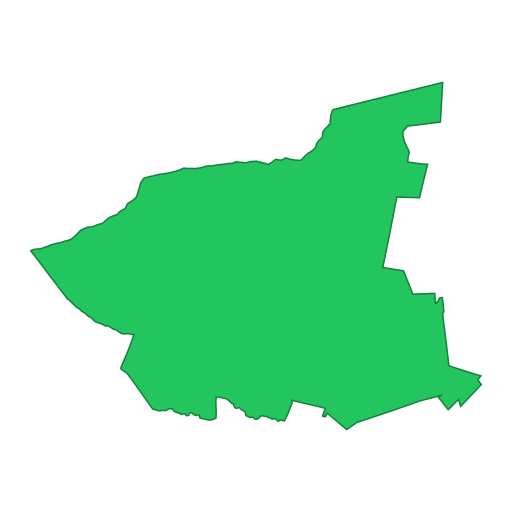 the district of Endebess, Rift Valley, Kenya
{"feature_id": "3690345B22392033475621", "entity_name": "Endebess", "entity_type": "district", "adm_level": 2, "iso_a3": "KEN", "parent_name": "Kenya", "parent_adm1": "Rift Valley", "projection": "albers", "projection_center": [34.736, 1.146], "detail": "fine", "context": "isolated", "style": "filled", "palette": "green", "viewbox_px": 512, "rotation_deg": 0, "n_neighbors": 0, "source": "geoboundaries", "source_scale": "gbopen_adm2", "svg_char_len": 5922}
<svg xmlns="http://www.w3.org/2000/svg" viewBox="0 0 512 512"><path d="M440.4,122.0L441.8,98.1L442.0,94.6L442.2,91.6L442.7,82.4L438.8,83.4L437.5,83.7L429.1,85.8L349.4,105.5L333.3,109.6L332.4,110.3L331.6,112.9L331.3,113.9L330.8,115.2L330.5,119.1L330.3,120.4L330.1,121.5L330.5,122.4L330.6,123.7L329.4,124.2L328.1,125.5L327.8,126.5L327.0,127.2L325.8,127.9L322.8,131.9L322.4,135.7L322.5,137.0L322.0,137.9L320.9,138.6L318.8,140.5L316.8,143.4L316.0,146.2L315.5,147.3L315.0,148.3L314.1,149.0L313.1,149.9L312.1,150.7L311.1,151.4L310.1,152.1L309.3,152.5L308.0,153.3L304.8,156.2L304.1,157.0L303.3,157.7L302.5,158.6L301.8,159.3L300.8,160.1L299.1,160.4L297.9,160.2L296.5,160.1L295.3,160.1L293.8,159.9L292.7,159.6L291.4,159.5L290.3,159.3L285.8,157.9L284.3,158.6L283.4,159.3L282.5,159.7L281.2,160.1L279.6,160.1L275.9,159.3L272.9,161.4L271.8,162.3L270.6,163.0L269.3,163.7L268.3,164.4L267.3,164.4L266.3,163.7L264.5,163.2L262.9,162.9L261.4,162.4L260.0,162.1L258.7,162.0L257.7,161.4L256.7,161.2L250.7,161.6L249.1,162.0L247.7,162.4L246.6,162.5L245.6,162.7L244.2,162.8L242.8,162.4L241.3,162.3L240.2,162.4L238.6,162.1L236.4,161.7L233.1,162.9L232.3,163.6L231.0,163.4L229.0,163.3L228.0,163.6L224.0,164.2L222.4,164.4L221.4,164.2L220.2,164.6L218.6,164.8L212.4,165.7L211.2,166.1L210.2,166.1L209.2,165.8L206.2,166.2L205.2,166.4L203.4,167.0L202.1,167.5L200.7,167.8L199.5,168.1L198.3,168.1L196.3,168.4L195.1,168.7L193.9,168.5L192.4,168.4L191.3,168.4L189.8,168.4L188.7,168.5L187.7,168.5L186.1,168.3L183.7,168.1L181.0,169.3L179.9,169.9L178.9,170.2L177.8,170.5L176.8,170.8L175.9,171.2L174.7,171.6L173.3,171.8L172.2,172.2L171.1,172.5L169.6,172.9L168.0,173.1L166.9,173.3L165.7,173.5L159.8,174.3L157.8,174.7L156.4,175.1L154.3,175.5L152.6,176.1L151.5,176.2L150.3,176.4L143.9,178.2L141.0,182.2L140.6,183.4L140.1,185.1L139.7,186.4L138.5,190.1L137.9,192.3L137.7,193.4L137.3,194.5L136.9,195.7L136.4,196.8L135.9,197.6L135.2,198.3L134.4,199.0L132.7,200.3L131.8,201.0L130.6,201.8L127.5,203.7L126.8,205.1L126.2,206.6L125.8,207.5L124.8,208.9L123.1,209.6L120.1,211.4L118.5,213.0L117.9,213.9L117.1,214.5L115.7,215.0L114.3,215.5L113.3,215.8L108.7,217.9L104.4,221.6L103.6,222.6L102.8,223.1L101.7,223.5L100.4,223.9L98.9,224.2L95.0,225.7L93.8,226.3L92.6,226.6L91.3,227.0L90.1,227.0L87.5,227.2L81.2,229.9L80.3,230.6L76.5,234.6L75.6,235.4L74.6,236.4L73.6,237.4L72.8,237.9L71.6,238.9L70.5,239.5L69.5,239.9L68.3,240.3L66.9,240.8L65.6,240.9L61.2,242.4L60.1,242.8L59.0,243.0L57.9,243.1L56.7,243.3L55.4,243.6L52.1,244.5L50.7,245.1L49.0,245.9L47.6,246.3L46.7,246.6L44.4,247.4L42.6,248.1L40.8,248.6L39.2,248.9L34.5,249.3L31.6,250.3L30.7,250.8L39.0,261.5L49.0,274.7L50.5,276.8L57.4,285.7L60.6,289.9L62.7,292.7L67.7,299.2L68.7,299.6L69.8,300.7L71.2,302.1L72.2,303.1L74.8,305.5L75.8,306.4L76.8,307.5L78.2,308.1L79.5,309.1L80.8,310.4L81.6,311.1L83.1,312.0L84.2,312.8L85.3,313.4L86.2,314.2L87.2,315.2L88.0,315.9L88.9,316.5L89.8,316.9L90.9,317.6L92.4,318.9L93.9,320.4L95.1,321.5L96.5,322.3L98.1,322.8L99.6,323.2L100.7,323.5L101.5,324.1L102.9,324.6L104.3,325.4L105.4,326.0L107.0,326.0L108.5,325.9L109.6,326.7L110.7,327.5L111.7,328.1L112.6,328.7L113.5,329.3L114.7,329.4L116.0,329.8L117.7,331.1L118.7,331.7L119.6,332.4L120.9,333.2L122.4,333.8L124.1,333.9L125.6,333.9L126.9,333.6L128.0,333.7L129.6,333.8L131.4,334.3L134.0,334.7L133.5,335.9L132.2,339.6L129.7,346.5L127.2,352.8L125.5,356.9L125.0,358.0L124.2,359.9L123.6,361.2L122.2,364.6L121.3,366.8L120.6,368.3L121.8,369.8L125.7,372.3L127.1,373.4L133.4,381.8L138.5,389.0L144.4,397.3L148.0,402.4L151.0,406.6L152.0,408.1L152.9,409.1L154.9,409.7L156.2,410.0L157.2,410.3L158.2,410.6L159.4,410.8L160.9,410.7L162.3,410.3L164.1,410.7L165.9,410.5L167.5,409.7L168.7,409.0L170.1,408.8L171.7,408.7L173.2,410.1L173.8,410.9L174.7,411.6L175.7,412.1L176.8,412.5L177.9,412.8L178.9,413.1L180.0,413.5L181.2,414.5L182.9,414.1L184.4,413.8L185.6,413.9L185.9,415.0L186.7,415.7L187.7,415.7L188.7,415.2L189.3,413.9L189.9,413.0L190.8,412.7L191.8,413.0L192.8,413.7L193.9,414.6L194.9,415.2L196.1,415.4L197.8,414.9L199.4,415.4L199.5,417.0L200.0,418.1L201.0,418.5L202.6,418.7L203.8,418.8L205.1,419.2L206.2,419.5L207.4,419.9L208.6,420.1L210.2,420.0L211.9,419.8L213.5,419.2L214.9,418.7L216.0,418.1L216.2,411.7L215.8,401.0L216.3,397.0L217.8,397.1L219.1,396.9L220.6,397.4L221.9,397.9L223.7,398.1L225.2,398.5L226.6,399.0L227.8,399.6L229.0,401.0L230.1,401.7L230.9,402.6L231.7,403.3L233.0,403.6L234.2,406.5L234.9,407.4L235.9,408.3L237.0,408.2L239.4,407.7L240.3,408.4L241.1,409.5L242.2,410.0L243.7,410.9L245.0,411.9L245.5,412.8L245.6,413.8L246.0,415.8L247.4,416.2L248.4,416.7L249.5,417.3L250.9,417.3L251.9,417.1L253.2,417.4L254.2,418.3L255.2,419.2L256.2,419.3L258.2,418.7L260.1,416.7L261.3,416.0L262.5,415.7L264.1,416.3L265.5,416.3L266.6,416.2L267.5,417.2L269.2,417.6L271.0,418.4L272.1,419.2L273.5,419.0L274.9,418.6L276.1,419.1L276.8,420.1L277.8,421.2L278.9,420.9L280.0,420.2L281.4,420.2L282.8,420.7L284.5,420.8L287.9,413.7L290.5,407.2L292.1,403.1L291.6,400.3L319.5,406.8L325.3,408.3L322.5,416.1L325.3,416.8L327.3,413.2L346.7,429.6L356.6,422.6L368.3,418.7L394.1,410.0L396.6,409.1L420.4,400.8L440.8,395.5L438.6,397.6L441.0,400.5L446.3,407.3L448.2,409.7L458.6,399.4L460.6,406.4L468.4,398.2L481.3,384.6L477.9,379.7L480.9,375.9L474.2,373.9L465.3,371.1L456.6,368.3L449.1,365.9L448.6,362.9L447.9,356.9L447.2,351.1L446.5,345.0L445.7,339.1L445.0,333.4L444.4,327.8L443.5,321.8L442.9,316.2L442.8,313.3L443.8,311.9L443.4,306.4L442.3,297.6L441.3,297.5L439.8,297.9L439.2,298.8L438.8,299.8L438.4,300.8L437.5,301.7L436.4,303.3L435.5,303.4L434.7,293.4L412.9,294.1L411.8,291.5L410.9,289.2L403.5,270.8L382.8,267.5L385.8,252.8L390.0,232.0L396.8,197.1L419.5,197.7L423.3,181.8L427.6,164.2L424.4,164.1L422.2,164.0L415.8,163.2L414.5,163.0L407.7,162.0L407.8,160.6L408.2,156.8L408.6,155.0L409.4,152.7L408.1,149.3L406.4,146.1L404.6,142.0L403.8,139.3L403.0,135.4L402.8,133.4L403.0,131.7L404.5,129.5L405.8,128.3L407.5,126.1L424.4,124.1L440.4,122.0Z" fill="#22c55e" stroke="#15803d" stroke-width="1.5"/></svg>